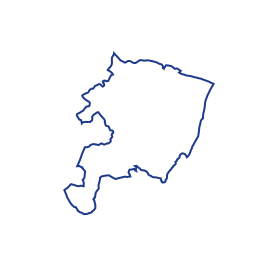 Texhuacán, Veracruz, Mexico (Mercator projection), rotated 138°
{"feature_id": "50627088B48642687236942", "entity_name": "Texhuacán", "entity_type": "district", "adm_level": 2, "iso_a3": "MEX", "parent_name": "Mexico", "parent_adm1": "Veracruz", "projection": "mercator", "projection_center": [-97.022, 18.616], "detail": "fine", "context": "isolated", "style": "outline", "palette": "blue", "viewbox_px": 256, "rotation_deg": 138, "n_neighbors": 0, "source": "geoboundaries", "source_scale": "gbopen_adm2", "svg_char_len": 5866}
<svg xmlns="http://www.w3.org/2000/svg" viewBox="0 0 256 256"><g transform="rotate(138 128 128)"><path d="M88.4,192.9L89.2,192.1L90.3,191.9L91.5,191.5L93.1,190.8L95.0,188.8L96.3,187.2L97.2,186.4L98.4,185.7L100.4,185.2L101.2,185.2L102.9,185.0L103.9,184.8L104.3,184.6L103.7,183.1L103.3,181.4L103.1,179.7L103.4,177.8L104.2,178.2L105.3,178.4L106.4,178.2L110.6,176.4L111.3,176.2L112.4,176.9L112.9,177.9L113.5,178.7L114.0,179.2L114.7,179.4L115.3,179.5L115.5,179.4L115.4,179.0L115.4,178.6L116.0,178.7L116.3,178.2L116.4,177.2L116.5,176.5L116.9,176.0L117.2,175.6L117.8,175.5L118.7,175.5L119.1,175.7L119.2,176.5L119.4,178.7L119.8,179.5L120.2,180.1L121.0,180.2L122.3,180.6L123.7,181.0L124.5,181.3L125.3,181.1L125.9,180.9L126.6,180.7L127.9,180.7L128.4,181.3L128.9,181.7L129.5,181.8L131.3,181.8L132.3,181.6L133.2,181.1L134.2,181.1L135.3,181.5L136.5,182.1L137.2,182.2L138.1,182.5L139.0,182.7L140.3,182.8L140.8,181.5L140.8,180.2L140.8,179.0L140.6,177.7L140.1,175.4L139.4,173.8L139.5,172.3L140.4,171.4L141.2,170.8L141.7,170.5L142.3,170.3L143.1,170.6L143.8,171.3L145.0,171.8L146.1,171.5L147.1,171.4L148.8,171.1L149.8,170.9L152.0,171.4L152.8,171.4L153.8,171.7L154.4,171.8L156.0,172.4L156.8,172.2L157.5,171.7L158.1,169.9L158.0,169.2L158.5,167.4L158.6,166.8L158.1,166.1L157.6,165.3L158.1,164.3L159.2,162.3L157.9,162.5L156.4,161.6L155.5,161.0L153.8,159.3L153.2,158.9L152.5,158.2L152.0,157.8L151.2,157.9L150.8,157.8L150.4,157.6L149.9,157.7L148.0,158.9L147.6,159.9L147.3,160.2L146.4,160.5L145.4,160.7L144.4,160.8L142.3,160.4L141.3,160.4L140.4,160.2L139.9,159.9L139.5,159.6L139.7,157.4L139.9,155.7L139.8,154.4L139.9,152.4L139.8,151.5L139.8,150.6L140.5,148.5L140.9,148.1L141.5,147.7L141.8,147.1L142.1,146.2L142.5,145.5L142.8,144.9L142.8,144.4L142.2,143.4L141.5,142.4L141.6,141.2L142.0,140.2L142.4,139.4L142.7,138.2L142.1,137.4L141.5,136.9L141.2,136.1L141.5,135.1L142.1,134.4L142.5,134.2L143.2,134.4L143.5,134.4L144.2,134.2L144.7,133.8L145.1,133.3L145.1,132.7L145.4,132.3L145.7,131.9L146.1,131.7L146.9,131.8L147.4,131.7L148.2,131.4L148.8,131.3L149.3,130.1L149.7,129.7L150.8,129.5L153.0,129.7L153.6,130.4L154.2,130.6L154.9,130.9L156.5,131.4L157.3,132.4L157.7,133.9L158.2,134.3L159.2,134.7L160.3,134.8L161.3,135.0L162.0,136.2L162.9,137.2L164.1,138.9L165.3,139.6L166.1,140.1L167.1,140.4L167.8,140.5L169.0,140.2L169.8,140.4L171.0,141.0L171.5,141.3L172.9,142.5L178.6,139.9L185.3,136.3L191.3,133.6L189.5,132.3L189.4,131.4L188.3,129.3L188.9,128.8L188.7,128.0L188.9,124.5L192.9,120.9L194.0,120.0L195.2,119.8L196.4,119.8L196.7,118.5L197.5,116.9L198.8,115.7L199.9,114.4L201.0,115.9L201.6,116.6L203.2,117.4L204.9,119.3L205.8,121.1L206.9,122.8L207.8,124.3L209.4,124.3L210.8,124.1L212.7,124.0L215.0,124.3L216.9,124.4L218.1,120.8L219.6,117.1L220.9,111.0L221.1,108.6L220.9,105.5L220.2,104.5L219.7,103.8L219.9,103.5L220.0,103.3L220.0,102.6L220.1,101.9L220.2,101.3L220.4,100.9L220.7,100.5L220.7,100.0L220.3,99.3L220.4,98.6L220.2,97.9L220.0,97.5L219.9,97.2L219.6,96.9L219.3,96.5L218.7,95.0L218.7,94.6L218.6,93.9L218.2,93.3L217.5,92.8L216.2,91.7L214.9,91.1L214.1,91.0L213.4,90.3L212.7,90.2L211.5,89.7L210.7,90.0L210.2,90.0L209.7,89.8L208.3,89.8L205.9,90.3L205.2,91.2L204.4,91.9L203.4,93.3L201.5,96.9L201.5,97.9L201.1,98.0L200.7,98.1L200.5,98.6L200.1,98.5L199.2,98.4L198.6,98.7L197.9,99.4L195.3,101.5L193.0,102.1L191.6,102.4L190.4,102.5L189.9,103.0L188.7,104.5L188.0,105.4L185.3,107.1L184.1,108.0L183.1,108.7L182.0,109.8L179.6,109.5L178.7,108.9L177.1,108.0L174.4,106.1L173.8,105.4L172.9,102.4L171.8,99.3L171.0,98.1L170.0,97.8L169.1,97.3L167.8,96.6L167.1,96.2L165.7,95.5L164.5,94.8L163.6,94.3L162.7,93.8L162.2,93.1L161.5,92.3L160.7,91.7L159.8,91.2L158.7,90.4L158.4,91.4L157.8,92.3L157.7,93.9L157.2,94.7L156.1,95.4L155.2,95.8L154.5,95.9L153.5,95.0L152.7,94.4L151.8,94.1L150.9,93.7L150.9,92.8L151.1,91.8L150.7,90.7L150.3,91.6L149.1,92.5L148.4,93.0L148.1,93.6L148.1,94.4L148.2,95.0L147.0,94.2L146.9,93.7L146.9,92.2L146.3,90.1L146.4,89.1L146.4,88.3L146.2,87.6L145.8,87.3L144.3,85.5L143.8,84.5L143.4,83.2L143.4,81.9L143.6,80.6L144.0,79.8L143.9,79.3L143.8,78.6L143.4,77.7L142.9,77.0L142.8,76.1L142.7,75.5L142.4,74.9L141.7,73.9L141.1,73.5L140.3,72.7L139.7,71.7L137.4,68.6L137.6,68.4L138.6,66.6L138.4,66.2L139.0,65.1L139.0,64.7L138.9,64.5L138.5,64.3L138.2,64.0L138.0,63.9L137.7,63.8L137.6,63.4L136.6,63.1L135.7,63.3L134.9,64.2L133.9,64.4L133.0,64.4L131.5,65.8L130.9,66.6L129.3,67.6L126.5,68.2L125.7,68.3L125.2,68.5L124.5,68.6L123.9,68.4L123.5,68.5L122.6,68.9L120.4,69.0L119.7,69.5L119.2,69.4L118.8,69.3L118.0,69.3L116.5,69.4L115.3,71.2L114.1,70.8L113.2,71.4L112.2,71.6L112.0,71.8L111.6,71.8L111.3,71.5L110.0,71.5L109.0,72.0L108.0,72.9L106.4,73.3L104.5,72.8L103.2,70.6L103.3,68.4L103.8,66.9L103.2,66.9L101.4,67.0L99.8,67.5L97.8,68.4L96.6,69.2L95.4,69.6L94.4,70.0L93.5,70.7L92.1,71.3L81.1,75.0L80.1,76.0L78.4,77.3L74.5,80.8L70.9,83.2L69.9,84.0L68.9,84.7L67.6,85.0L66.6,85.0L65.7,85.0L65.0,86.0L64.1,86.8L62.5,88.2L61.0,89.3L59.2,90.5L56.7,92.5L54.2,94.8L51.8,96.6L49.3,97.9L46.6,99.3L44.4,100.1L41.9,101.2L34.9,103.5L36.5,107.2L36.9,108.6L37.8,109.9L38.4,111.3L39.4,113.0L40.6,115.4L41.4,116.7L42.4,118.0L43.6,120.0L45.0,121.8L46.0,123.7L48.3,126.6L49.2,127.7L50.0,129.0L50.8,130.5L51.4,131.2L52.7,133.9L53.0,135.0L50.6,135.2L51.0,136.6L51.4,138.4L51.9,139.6L52.7,140.2L53.3,140.4L53.7,140.7L53.9,142.9L54.3,144.5L54.7,145.5L56.4,147.7L57.4,148.8L57.7,149.1L60.5,148.5L61.4,148.1L61.3,148.5L61.6,148.8L61.9,149.1L61.6,149.7L60.8,150.5L60.5,151.2L60.5,152.3L60.7,153.2L61.4,154.1L62.2,155.8L62.7,157.4L63.5,158.7L64.3,159.9L65.1,161.4L66.1,162.5L66.9,163.7L68.0,165.1L68.9,165.7L69.8,166.3L70.7,167.2L71.5,167.8L72.0,168.7L73.4,170.1L73.9,170.5L76.5,170.9L77.3,170.9L77.6,171.0L78.5,171.2L79.1,171.4L80.1,172.4L80.8,173.7L81.2,175.1L81.4,175.7L81.8,176.4L82.5,177.2L83.1,177.7L83.9,178.0L84.5,178.1L85.7,178.3L86.8,178.9L87.0,180.0L88.3,183.2L88.3,189.6L88.4,192.9Z" fill="none" stroke="#1e3a8a" stroke-width="2"/></g></svg>